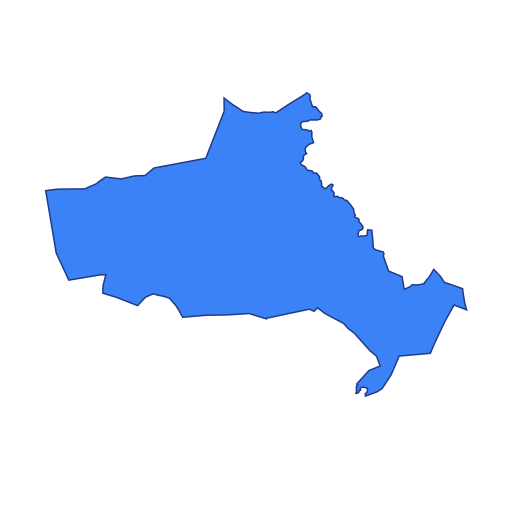 outline of Kebbe, Sokoto, Nigeria, rotated 257°
{"feature_id": "59680162B95103667512911", "entity_name": "Kebbe", "entity_type": "district", "adm_level": 2, "iso_a3": "NGA", "parent_name": "Nigeria", "parent_adm1": "Sokoto", "projection": "mercator", "projection_center": [4.676, 11.883], "detail": "fine", "context": "isolated", "style": "filled", "palette": "blue", "viewbox_px": 512, "rotation_deg": 257, "n_neighbors": 0, "source": "geoboundaries", "source_scale": "gbopen_adm2", "svg_char_len": 3595}
<svg xmlns="http://www.w3.org/2000/svg" viewBox="0 0 512 512"><g transform="rotate(257 256 256)"><path d="M367.0,65.8L303.8,62.0L274.6,68.2L272.7,99.6L271.6,105.5L261.3,100.2L254.2,98.4L247.3,110.4L234.3,129.5L240.7,139.0L242.3,147.2L239.9,151.7L237.4,157.1L234.3,162.2L225.7,166.8L220.7,168.5L212.8,170.8L209.5,194.0L205.2,214.1L201.5,236.3L192.7,251.5L193.0,251.4L192.2,296.0L189.1,300.1L191.7,304.4L184.5,310.2L170.6,326.2L164.7,329.4L158.4,334.6L138.1,345.7L131.3,350.9L120.9,352.2L119.0,340.3L108.9,325.7L108.4,325.3L107.9,325.6L107.3,326.2L106.8,325.7L106.4,324.6L105.8,324.1L105.1,324.1L104.4,324.2L103.5,323.8L102.6,323.5L101.8,323.8L101.1,323.5L100.6,323.0L99.8,322.5L99.7,323.1L99.6,323.6L99.6,324.3L99.7,325.0L100.2,325.5L101.3,326.1L101.5,326.8L101.6,327.5L102.5,327.7L103.5,327.7L103.8,328.0L103.9,328.5L104.3,329.7L104.2,330.5L103.8,331.7L103.0,333.1L102.3,334.1L101.5,334.8L100.4,334.6L99.1,334.0L98.2,333.2L97.6,332.4L97.0,331.3L95.7,331.3L94.9,331.1L96.4,343.3L98.3,348.9L110.0,361.1L126.3,373.0L122.0,404.0L130.0,409.8L149.0,424.7L163.7,437.9L156.2,449.1L162.6,448.8L173.8,449.5L177.7,450.0L188.0,433.6L194.5,431.2L203.0,426.2L195.6,419.1L194.6,417.1L193.1,415.6L192.0,413.9L190.9,413.2L191.4,411.2L191.2,409.2L191.5,407.8L191.6,405.8L192.2,404.1L192.8,402.6L192.8,401.6L191.4,399.1L190.8,396.3L190.2,392.9L203.0,393.7L211.6,381.7L215.8,381.4L220.3,380.8L227.4,380.1L229.5,381.2L231.6,380.7L232.8,377.9L233.6,376.9L234.7,374.4L236.7,372.6L238.0,372.1L241.2,372.8L255.1,374.7L256.4,370.7L251.0,368.7L251.1,367.5L251.2,364.7L251.3,364.2L251.6,363.8L251.9,363.3L251.9,362.8L251.9,362.5L251.9,361.9L251.8,361.4L251.8,361.1L251.8,360.8L252.0,360.5L252.2,360.2L252.7,360.0L253.2,359.9L253.8,360.0L254.1,360.3L254.6,360.7L254.9,360.9L255.4,361.0L255.9,361.1L256.3,361.4L256.5,361.6L257.0,361.7L257.4,362.0L257.6,362.5L257.8,363.4L257.8,363.8L257.7,364.4L257.8,365.0L258.3,366.0L259.1,366.3L260.3,366.8L263.3,365.7L265.4,364.5L267.4,364.2L268.6,364.6L270.1,363.3L270.8,362.2L271.3,361.3L272.3,360.9L273.5,362.0L274.3,361.7L277.3,361.2L279.7,361.7L284.3,359.8L287.5,358.2L289.1,357.3L289.7,357.0L290.3,355.6L290.9,354.5L292.1,354.1L293.5,352.8L293.6,351.3L295.8,348.5L296.3,346.2L296.6,345.5L297.2,345.1L297.8,345.3L298.2,345.8L298.6,346.0L299.4,346.1L300.0,346.2L300.7,345.7L301.1,345.8L301.7,345.6L302.2,345.3L302.6,345.3L302.9,344.8L302.9,344.5L303.6,344.2L304.5,344.5L304.9,344.9L305.8,345.2L306.8,346.5L307.8,347.0L309.1,345.7L308.3,343.0L306.6,340.4L306.0,338.0L308.3,336.7L309.7,335.5L312.0,336.3L314.5,336.4L316.2,335.1L318.6,335.8L322.0,334.4L323.3,333.3L323.9,330.9L326.4,329.7L326.9,328.3L328.1,325.2L331.7,324.1L334.9,320.6L337.3,320.2L337.9,322.4L339.4,323.9L341.9,324.4L343.7,325.8L344.3,328.3L346.5,327.6L350.3,328.3L352.8,332.5L353.5,337.6L359.8,337.2L364.2,338.3L366.0,337.9L365.7,335.9L366.9,334.9L368.1,332.2L369.0,329.3L371.8,328.8L374.8,329.3L376.5,331.2L376.4,332.0L375.7,336.3L376.4,339.4L375.7,342.2L374.8,346.3L374.9,349.3L375.6,350.1L377.1,350.7L377.2,351.8L380.0,352.1L382.5,350.3L388.0,347.7L388.6,344.9L390.8,344.4L394.4,344.1L395.5,344.1L396.8,343.9L397.5,343.7L397.9,344.1L398.6,344.2L398.9,344.8L401.3,344.6L403.6,342.1L402.5,340.0L396.2,321.4L391.0,307.5L392.8,304.8L392.7,303.5L393.2,300.7L394.1,297.4L394.6,294.4L394.4,292.6L394.5,290.9L395.6,287.5L397.3,282.2L399.3,277.2L400.4,275.2L404.4,271.7L408.9,267.2L412.3,264.4L417.1,260.4L404.3,257.6L362.5,229.1L364.7,176.4L359.3,165.9L360.7,159.5L361.4,154.9L361.4,142.1L366.8,127.1L363.6,119.0L362.4,117.1L359.9,104.3L365.8,77.6L367.0,65.8Z" fill="#3b82f6" stroke="#1e3a8a" stroke-width="1.5"/></g></svg>